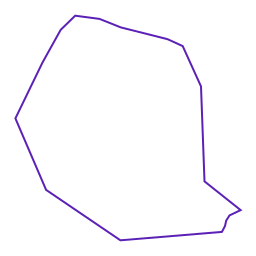 map outline of Bouvet Island (Mercator projection), rotated 270°
{"feature_id": "BVT+00?", "entity_name": "Bouvet Island", "entity_type": "state/province", "adm_level": 1, "iso_a3": "NOR", "parent_name": "Norway", "parent_adm1": "", "projection": "mercator", "projection_center": [3.419, -54.421], "detail": "fine", "context": "isolated", "style": "outline", "palette": "violet", "viewbox_px": 256, "rotation_deg": 270, "n_neighbors": 0, "source": "natural_earth", "source_scale": "10m", "svg_char_len": 367}
<svg xmlns="http://www.w3.org/2000/svg" viewBox="0 0 256 256"><g transform="rotate(270 128 128)"><path d="M193.5,42.5L226.2,60.7L240.3,75.2L237.1,99.5L228.6,120.8L216.8,167.6L209.9,182.7L169.6,201.0L74.6,204.5L45.9,240.6L40.6,229.5L35.4,226.2L30.0,225.0L24.1,221.9L15.7,120.4L66.1,46.1L137.6,15.4L193.5,42.5Z" fill="none" stroke="#5b21b6" stroke-width="2"/></g></svg>